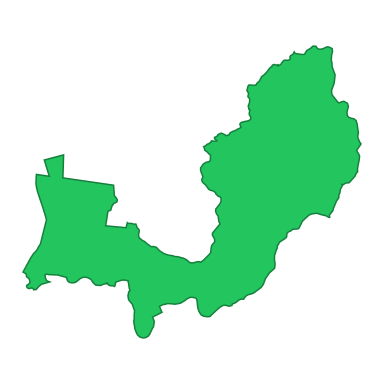 outline of Paulis, Arad, Romania
{"feature_id": "2599482B5177022501599", "entity_name": "Paulis", "entity_type": "district", "adm_level": 2, "iso_a3": "ROU", "parent_name": "Romania", "parent_adm1": "Arad", "projection": "albers", "projection_center": [21.624, 46.159], "detail": "fine", "context": "isolated", "style": "filled", "palette": "green", "viewbox_px": 384, "rotation_deg": 0, "n_neighbors": 0, "source": "geoboundaries", "source_scale": "gbopen_adm2", "svg_char_len": 5935}
<svg xmlns="http://www.w3.org/2000/svg" viewBox="0 0 384 384"><path d="M210.3,316.3L210.8,315.6L216.1,310.6L219.7,307.4L222.8,305.5L225.1,305.2L229.1,306.2L231.9,305.5L232.3,304.1L232.3,303.9L233.8,303.5L236.1,302.4L237.2,301.4L239.3,299.8L240.1,299.5L241.3,299.2L243.8,299.1L243.9,298.6L244.0,298.6L244.9,297.2L246.6,295.5L248.6,294.6L251.1,294.0L253.4,293.2L261.1,287.5L263.3,284.4L265.4,278.8L269.4,272.9L274.6,268.3L275.1,264.2L274.5,259.9L274.5,255.7L275.6,252.4L276.1,250.4L277.2,248.3L277.2,245.9L278.4,244.5L279.4,242.3L282.0,240.5L284.9,238.7L286.4,237.3L286.7,236.5L286.9,233.6L288.5,231.8L290.7,231.0L292.6,229.3L298.0,228.9L299.1,228.0L302.4,221.2L308.1,215.9L310.0,214.5L313.0,213.7L316.9,213.3L321.8,214.8L325.8,215.7L328.7,217.3L329.7,217.4L329.4,215.1L332.9,210.7L333.3,208.7L336.6,200.8L338.8,197.9L338.9,196.5L338.6,195.7L339.6,193.6L340.0,192.3L340.1,190.8L340.7,188.6L341.7,187.0L342.5,185.1L342.1,184.5L343.3,184.7L345.3,183.3L347.0,182.8L348.8,182.9L350.2,181.6L355.1,176.0L356.2,173.3L357.7,171.7L357.5,169.9L357.6,167.7L359.1,160.3L359.6,156.3L359.1,154.8L357.0,151.2L356.9,149.9L360.2,145.3L361.0,143.9L359.7,142.1L357.8,137.6L357.9,135.0L358.4,133.1L358.2,131.4L357.0,123.4L356.0,120.4L353.9,118.8L351.1,118.2L348.7,117.3L347.4,115.6L346.9,112.3L348.4,106.5L347.5,103.3L343.9,101.3L341.9,101.7L339.4,102.8L338.0,102.4L332.2,95.0L331.7,93.4L331.6,90.3L334.1,83.4L334.5,80.5L335.1,74.9L332.1,66.7L331.9,62.1L331.3,61.2L331.6,55.1L332.5,51.6L332.2,48.6L328.9,47.0L327.4,46.8L325.4,47.5L323.1,48.7L320.3,49.3L318.1,48.9L316.7,47.6L315.9,46.2L313.0,46.1L310.3,48.5L306.7,50.6L304.4,54.4L302.2,54.5L295.2,53.5L294.2,51.9L292.8,54.5L290.7,55.5L290.1,56.6L289.9,57.7L290.2,59.3L288.5,60.2L287.2,60.3L285.4,60.1L283.8,60.4L281.4,63.3L281.0,64.2L278.8,65.6L278.0,66.0L277.9,66.0L278.0,64.7L276.5,65.1L275.5,64.8L275.0,64.5L274.4,64.5L272.4,65.1L272.1,65.5L272.1,66.2L271.8,66.8L270.6,67.2L270.0,68.0L269.2,68.6L268.8,69.5L268.2,70.1L267.6,71.0L266.2,72.7L263.6,75.2L262.3,76.2L261.8,76.4L261.3,76.9L261.2,78.2L260.5,78.7L259.8,80.3L259.0,81.5L257.6,82.6L256.8,83.5L256.5,83.8L256.4,84.4L256.1,84.8L254.5,85.4L254.0,85.2L252.0,85.2L249.7,84.9L248.6,85.2L247.9,86.5L247.5,88.3L246.9,90.5L247.1,91.0L247.8,91.9L248.1,92.6L248.5,93.0L248.5,93.6L247.9,96.3L248.1,97.0L249.1,98.1L249.6,99.0L249.7,99.8L249.5,102.4L248.9,104.3L248.3,105.6L248.3,106.5L249.0,109.6L249.7,109.8L249.9,110.7L249.5,111.6L249.2,113.3L249.4,115.1L250.3,116.1L250.9,118.2L250.4,119.5L248.6,120.7L241.8,122.2L240.2,123.3L239.9,124.7L240.5,126.1L241.0,127.3L239.4,128.4L238.0,128.9L235.5,130.4L232.8,131.4L230.1,132.8L228.9,134.9L225.9,135.7L224.8,134.6L221.1,133.1L219.2,134.0L217.9,134.7L217.8,135.5L215.6,137.1L214.7,137.2L214.4,138.0L214.8,139.0L216.0,139.8L216.7,140.7L216.8,141.1L215.1,141.3L211.6,140.8L211.3,141.0L211.0,141.6L211.1,141.8L210.9,142.5L209.4,143.1L208.9,143.6L208.3,143.9L207.2,144.2L206.5,144.8L205.7,145.8L203.6,146.6L204.1,147.3L204.7,150.1L207.4,152.2L208.9,153.9L210.6,155.2L210.4,157.1L210.3,160.1L209.1,161.7L206.1,162.3L203.4,163.9L200.7,167.8L200.5,169.8L201.3,172.6L202.7,176.0L202.8,177.5L201.9,179.0L201.9,180.9L202.6,182.2L203.9,183.5L205.7,185.0L208.7,189.3L210.4,190.3L212.8,190.8L213.7,191.3L215.5,192.6L215.9,194.0L218.5,196.5L219.9,196.7L220.8,197.6L221.0,198.7L221.0,201.5L219.6,204.3L215.8,209.0L215.6,211.3L216.4,213.5L218.1,216.2L218.9,221.8L220.1,223.8L212.5,233.1L212.4,235.1L214.6,239.1L214.6,242.0L212.1,244.9L211.3,246.9L210.6,252.8L208.9,254.8L203.9,259.8L200.9,262.2L199.6,261.7L197.4,261.7L193.0,262.9L190.4,262.8L189.4,262.3L187.0,260.1L185.0,258.9L183.1,258.1L180.8,257.6L179.8,257.2L177.0,256.6L175.4,256.6L173.4,256.1L173.1,255.8L168.4,255.1L165.6,254.2L163.4,253.3L160.1,251.1L158.6,249.8L157.3,248.3L156.7,247.6L156.1,247.2L153.4,246.5L153.0,246.5L151.8,246.8L150.4,246.2L145.9,242.8L145.1,241.8L142.4,240.5L141.0,239.2L139.4,238.2L138.8,236.4L138.5,235.3L138.7,233.9L139.3,231.3L139.1,230.1L138.9,229.4L137.1,227.8L136.6,225.8L135.8,224.0L134.7,224.2L133.7,224.1L132.2,223.6L130.2,223.3L128.0,223.4L127.3,222.7L126.1,227.7L105.6,225.8L106.6,220.1L107.9,211.2L110.7,210.3L110.9,209.7L112.1,205.6L112.7,205.3L113.5,203.6L115.1,202.9L117.0,201.8L117.3,199.8L116.3,197.9L114.7,196.1L114.4,195.7L113.6,185.8L113.6,185.2L62.9,177.9L63.6,154.9L57.1,156.6L44.3,160.0L49.3,176.3L36.4,174.4L36.1,178.8L36.0,183.7L36.3,186.1L37.3,190.9L39.3,197.1L42.5,206.4L45.6,216.5L46.3,219.2L46.4,220.0L40.4,244.0L38.3,247.3L36.7,250.4L33.4,253.8L30.7,257.9L23.0,272.1L25.2,273.3L26.2,274.0L26.5,276.4L27.2,277.4L28.9,278.4L29.9,281.1L29.9,282.3L29.2,283.6L28.3,284.4L26.8,285.3L26.6,286.6L27.4,287.9L28.4,288.4L29.5,288.6L31.8,287.9L32.6,288.3L33.8,289.6L33.9,289.9L35.0,289.4L36.1,289.7L38.8,286.4L41.5,284.3L49.7,281.9L47.2,281.0L45.9,279.5L45.1,276.2L45.3,274.6L45.6,274.3L48.1,274.3L48.5,274.6L57.7,275.0L66.6,277.5L67.0,279.5L67.6,280.8L68.5,281.8L70.2,282.6L71.8,282.8L73.8,282.8L75.7,282.2L78.0,280.5L79.9,278.8L82.1,277.7L83.6,277.2L85.6,277.2L87.1,277.5L88.6,278.1L90.0,278.8L91.4,280.0L92.4,281.6L93.1,282.6L93.3,282.9L95.7,285.1L100.4,285.5L104.4,283.9L105.9,283.9L106.4,283.1L107.2,283.0L107.7,284.2L109.3,285.4L111.0,285.8L113.3,285.8L114.3,286.5L114.8,286.1L115.9,282.0L122.1,280.1L125.5,280.1L127.2,280.7L128.1,280.8L129.4,289.0L130.1,290.3L128.6,292.0L128.3,294.3L127.9,295.7L128.6,299.8L132.4,304.4L133.8,308.7L134.5,310.0L134.3,314.1L134.1,316.0L134.3,318.2L133.8,320.8L134.0,323.8L134.8,327.0L134.6,327.7L135.5,330.5L136.7,333.4L137.7,335.1L139.8,337.0L142.3,337.8L143.8,337.9L145.6,337.6L148.2,336.2L149.6,334.4L152.4,328.4L153.5,326.8L154.3,321.3L152.5,317.1L162.0,312.3L159.4,306.4L163.4,304.4L164.4,304.5L167.6,303.6L171.6,303.8L174.8,304.2L177.6,303.8L180.7,303.1L184.9,300.6L186.6,299.1L189.9,297.4L192.1,297.3L194.5,297.7L196.0,298.2L196.9,299.8L197.8,307.9L198.9,311.2L200.2,313.6L201.4,315.1L203.8,316.3L208.1,316.8L210.3,316.3Z" fill="#22c55e" stroke="#15803d" stroke-width="1.5"/></svg>